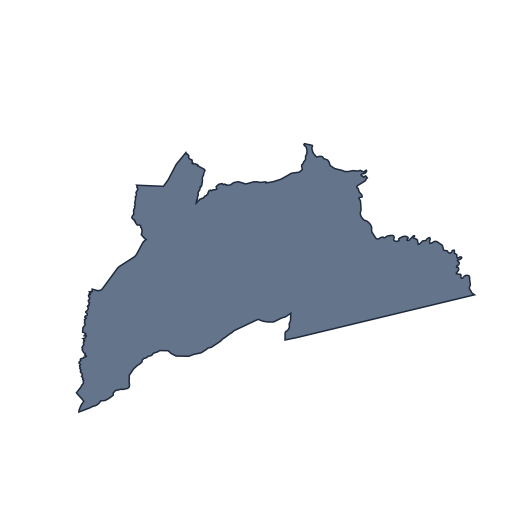 outline of Palpalá, Jujuy, Argentina, rotated 78°
{"feature_id": "61730980B21987921647817", "entity_name": "Palpalá", "entity_type": "district", "adm_level": 2, "iso_a3": "ARG", "parent_name": "Argentina", "parent_adm1": "Jujuy", "projection": "natural_earth1", "projection_center": [-65.169, -24.19], "detail": "fine", "context": "isolated", "style": "filled", "palette": "slate", "viewbox_px": 512, "rotation_deg": 78, "n_neighbors": 0, "source": "geoboundaries", "source_scale": "gbopen_adm2", "svg_char_len": 6094}
<svg xmlns="http://www.w3.org/2000/svg" viewBox="0 0 512 512"><g transform="rotate(78 256 256)"><path d="M371.8,461.7L370.0,450.1L369.1,446.8L369.1,444.6L368.6,442.5L367.5,440.3L365.4,437.9L366.0,433.7L365.1,430.6L363.8,427.3L362.5,424.6L360.2,424.0L358.4,421.4L358.3,415.4L358.9,413.9L358.8,409.1L358.0,407.5L355.9,406.5L351.9,406.2L348.9,405.2L346.6,405.0L340.9,399.1L338.3,394.5L337.2,391.6L335.9,389.6L333.9,388.7L332.9,386.9L332.8,384.6L331.6,382.0L331.7,379.7L331.3,378.4L329.8,376.7L329.3,372.1L328.5,369.8L330.4,361.6L333.7,359.3L337.2,355.1L340.1,342.7L339.3,337.4L339.3,329.8L337.3,324.4L336.1,322.2L336.0,318.6L331.9,308.3L330.3,306.1L329.5,303.8L326.5,297.4L325.9,295.4L324.5,293.1L318.4,267.2L321.4,262.4L323.0,258.1L324.2,252.6L321.9,243.5L321.7,240.0L319.3,233.9L326.4,235.7L329.4,237.7L332.6,238.1L335.3,240.4L336.2,242.8L337.6,243.6L344.2,245.1L344.3,233.6L339.4,50.3L337.2,52.4L332.3,54.0L331.2,53.9L328.8,52.3L323.1,51.9L321.8,51.5L319.9,51.6L319.2,52.5L318.5,54.5L319.1,56.5L320.5,58.1L320.5,59.6L319.7,60.1L317.4,59.5L316.4,59.7L316.1,61.2L315.1,63.4L314.6,63.7L314.2,63.5L312.9,61.7L311.2,60.4L309.4,60.5L308.9,61.0L308.9,62.0L308.5,62.2L307.6,61.8L306.7,59.6L305.7,58.8L304.4,58.7L302.8,59.9L302.0,59.8L301.7,56.7L301.0,55.5L300.3,55.1L299.6,55.4L299.3,56.6L300.0,58.9L299.7,59.6L298.5,59.7L296.8,59.3L296.1,59.6L294.7,61.3L291.9,60.8L291.4,61.0L291.4,62.7L293.3,64.3L293.6,65.8L292.6,67.1L290.7,67.9L289.8,70.3L289.1,71.3L285.1,71.4L284.1,71.7L279.3,76.3L278.8,78.5L280.0,81.9L279.8,83.3L278.1,83.3L275.5,82.0L274.1,82.3L274.1,83.5L275.0,85.4L275.5,85.7L276.1,86.6L275.9,89.9L277.9,92.8L278.3,94.0L278.3,94.9L273.8,94.8L272.6,95.9L271.1,98.2L270.4,98.0L269.5,96.7L269.0,97.0L269.1,98.0L272.3,102.8L272.5,103.7L272.4,104.6L272.0,105.0L271.0,104.6L270.2,103.4L269.2,103.6L268.2,104.7L267.5,106.8L267.6,108.8L268.3,111.6L268.9,112.8L270.2,112.8L270.8,113.1L270.9,115.7L270.2,117.1L269.4,117.9L268.3,117.9L266.6,117.0L265.6,117.0L264.9,117.3L264.2,118.2L263.8,120.5L263.9,124.2L264.8,125.8L264.9,126.7L264.7,127.2L263.8,127.9L263.9,130.3L264.6,132.1L264.7,133.1L264.3,134.3L263.6,135.0L256.6,137.7L254.5,137.5L252.1,136.9L249.3,137.4L247.0,138.6L244.9,140.3L243.1,143.1L239.6,144.9L236.9,145.3L235.5,145.0L232.5,143.6L225.8,142.6L223.6,142.4L220.9,143.4L220.3,142.9L220.4,140.2L219.8,139.7L217.9,139.9L215.0,141.7L211.0,142.1L210.2,143.1L209.4,143.2L208.2,141.9L205.3,133.7L204.5,132.8L203.4,132.2L202.8,130.9L200.5,132.0L200.4,132.5L201.1,133.5L201.2,134.5L199.9,135.1L199.7,136.0L199.0,136.4L198.1,136.0L197.8,135.4L197.9,133.0L197.6,131.8L196.3,130.3L195.4,130.1L195.0,130.4L195.1,131.0L196.0,132.6L196.1,133.3L193.9,136.2L194.1,138.8L192.6,143.4L192.6,148.0L191.8,151.6L190.1,154.1L187.0,160.6L184.8,162.9L182.7,164.7L179.2,165.0L177.0,166.0L174.8,169.5L172.8,170.3L172.0,171.7L171.7,173.3L171.9,175.8L171.1,176.6L168.2,178.2L166.0,178.9L162.1,179.0L160.1,177.8L159.4,178.1L156.2,185.2L156.9,186.0L158.2,185.6L159.5,184.4L160.9,184.2L163.5,184.2L166.7,185.1L168.7,186.8L171.8,187.4L172.9,188.5L173.9,189.9L175.6,190.8L176.3,192.3L177.7,192.7L181.1,192.7L183.0,196.3L182.4,203.6L182.8,205.8L183.4,207.0L186.1,215.8L186.9,224.1L186.6,230.9L185.5,230.9L184.9,236.8L183.8,239.0L183.0,242.7L183.4,251.1L179.9,257.3L179.6,258.4L179.6,262.6L181.0,266.0L181.2,267.1L180.7,269.6L180.1,270.1L180.1,270.9L179.4,271.3L179.1,272.0L179.4,273.0L178.1,274.1L178.1,277.6L179.8,280.5L182.4,280.5L182.7,282.6L182.3,284.6L182.7,285.2L182.9,286.1L182.1,286.9L182.3,288.3L184.2,289.8L185.2,290.0L185.6,291.0L186.5,291.9L186.7,293.4L188.5,295.6L188.4,296.5L188.4,297.4L188.8,297.8L188.8,299.1L189.4,299.7L190.6,302.2L191.4,302.7L191.9,303.5L188.9,302.4L188.1,301.4L185.7,300.9L184.8,299.9L181.6,299.4L179.7,297.3L178.4,296.9L177.4,296.0L176.5,296.1L176.5,295.0L175.3,294.2L170.4,292.5L169.1,292.5L167.3,291.7L166.3,290.7L163.3,289.4L161.9,288.1L161.2,288.5L160.6,288.4L155.8,294.0L155.5,293.9L155.4,294.4L154.4,294.3L154.3,294.9L153.4,295.9L152.9,298.3L152.1,299.1L151.7,298.4L150.5,299.0L149.0,298.5L148.3,299.1L147.8,300.3L146.9,300.7L146.1,301.5L145.1,301.5L144.2,300.9L143.5,301.0L141.9,302.1L141.6,303.0L141.0,302.8L140.2,303.0L149.9,315.1L163.1,326.0L168.6,332.1L161.9,358.1L163.0,357.8L164.3,358.3L165.3,357.5L165.8,357.6L166.7,358.1L168.9,360.2L170.3,360.1L172.2,360.6L173.2,361.9L174.6,361.7L179.2,363.7L180.7,363.3L182.2,364.6L183.9,364.6L184.7,365.6L186.1,366.3L189.8,366.9L190.6,368.1L192.4,369.5L194.1,369.0L195.1,367.7L196.4,367.7L196.7,366.9L197.8,367.1L200.7,366.0L201.1,365.5L201.4,363.5L202.6,362.6L204.1,362.8L204.7,362.3L206.3,362.1L209.1,362.6L211.0,363.7L211.6,363.7L212.0,363.2L213.4,362.8L213.8,362.1L214.9,361.9L217.0,360.0L217.8,361.8L219.2,363.8L229.2,372.2L230.7,373.8L231.7,375.6L237.8,391.8L238.7,393.5L256.5,413.5L257.2,415.4L257.1,417.8L254.3,423.2L256.9,423.8L257.0,424.4L256.4,425.2L256.7,425.5L256.4,426.4L257.3,426.1L258.1,426.8L258.2,426.1L258.9,426.0L259.4,426.5L259.3,427.4L260.1,428.2L261.9,427.8L262.4,427.3L263.8,428.0L264.5,429.2L265.1,429.4L266.3,429.2L266.8,428.5L267.1,428.5L268.3,429.5L269.3,429.4L269.8,430.0L269.6,430.7L270.1,431.4L272.0,430.9L273.1,431.2L274.6,433.0L275.1,434.1L275.9,434.2L277.3,433.1L278.2,433.1L278.9,433.5L279.2,435.4L279.9,436.1L280.7,436.1L281.4,435.0L282.9,437.2L284.3,436.9L285.8,437.8L287.0,437.3L287.5,437.3L290.4,440.4L292.6,440.7L293.4,441.3L294.5,441.4L295.0,440.4L296.7,438.6L298.3,440.8L298.5,440.5L298.3,439.4L298.9,438.6L300.8,440.4L300.8,442.3L301.4,441.7L302.6,442.0L303.0,441.2L303.3,441.2L304.5,442.8L307.1,442.9L307.5,443.7L308.5,444.3L309.1,445.2L310.2,444.8L311.5,445.6L314.7,444.6L315.9,443.3L317.3,444.1L317.8,443.1L318.8,442.8L319.2,443.5L319.1,445.3L319.9,446.2L320.1,448.9L320.5,449.3L321.9,449.2L322.8,450.9L323.4,451.3L324.1,451.3L325.7,450.2L326.6,451.4L327.8,451.5L328.5,451.1L329.4,451.7L331.3,450.9L332.0,451.7L333.4,451.8L333.9,451.2L335.4,450.5L336.7,450.8L337.4,451.7L339.5,450.7L340.6,451.3L341.8,450.5L342.5,451.0L344.4,451.3L345.0,451.5L345.5,452.6L348.0,454.8L352.5,460.1L362.2,454.6L365.8,458.3L369.8,461.0L371.8,461.7Z" fill="#64748b" stroke="#1e293b" stroke-width="1.5"/></g></svg>